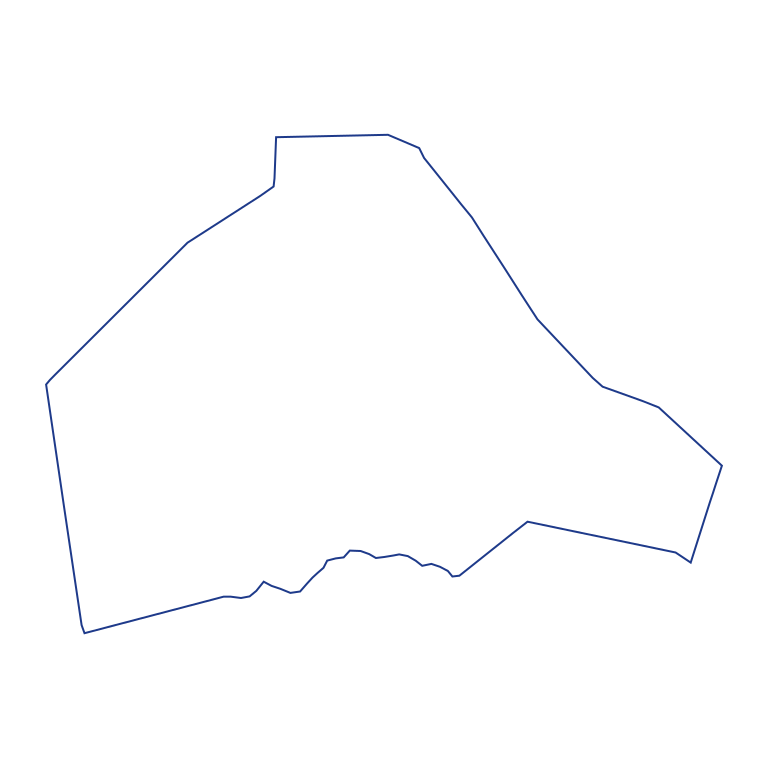 Central, Bahia, Brazil
{"feature_id": "56859067B75123668801869", "entity_name": "Central", "entity_type": "district", "adm_level": 2, "iso_a3": "BRA", "parent_name": "Brazil", "parent_adm1": "Bahia", "projection": "mercator", "projection_center": [-42.087, -11.142], "detail": "fine", "context": "isolated", "style": "outline", "palette": "blue", "viewbox_px": 768, "rotation_deg": 0, "n_neighbors": 0, "source": "geoboundaries", "source_scale": "gbopen_adm2", "svg_char_len": 961}
<svg xmlns="http://www.w3.org/2000/svg" viewBox="0 0 768 768"><path d="M419.2,148.1L388.0,134.8L276.1,137.2L274.5,178.4L273.6,186.5L260.1,196.0L187.5,242.7L55.2,374.6L49.9,380.0L46.1,384.5L63.7,504.5L81.6,625.1L84.5,633.2L223.5,596.7L230.9,596.7L241.0,598.0L249.6,596.4L256.3,590.9L263.7,581.7L271.6,585.9L280.3,588.8L290.4,592.9L300.1,591.5L307.0,583.6L312.5,577.6L317.5,573.0L323.5,567.8L327.2,560.6L335.7,558.4L343.7,557.4L349.8,550.6L360.6,551.0L369.2,554.1L375.9,558.0L384.2,557.0L393.4,555.5L399.2,554.4L407.8,556.1L415.7,560.7L422.2,565.8L431.4,563.9L440.0,566.8L447.9,571.0L452.4,576.5L459.4,575.7L513.0,533.0L517.9,529.2L527.5,521.7L675.6,552.5L684.3,558.3L690.7,562.6L709.9,502.2L713.0,492.9L715.8,484.2L721.9,465.7L658.7,407.4L642.5,401.0L602.6,386.7L592.7,377.9L537.5,319.4L530.6,308.8L521.9,295.4L505.7,270.0L483.7,236.0L471.9,217.4L461.0,204.1L445.1,184.2L437.1,174.2L424.1,158.0L419.2,148.1Z" fill="none" stroke="#1e3a8a" stroke-width="2"/></svg>